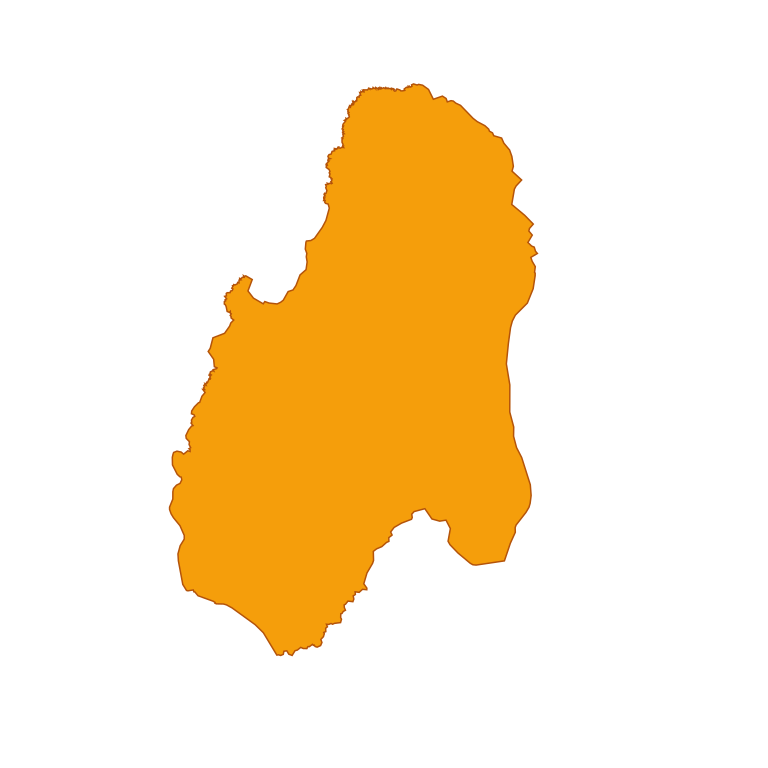 Khlong Khlung, Kamphaeng Phet, Thailand, rotated 112°
{"feature_id": "78962969B33766889028899", "entity_name": "Khlong Khlung", "entity_type": "district", "adm_level": 2, "iso_a3": "THA", "parent_name": "Thailand", "parent_adm1": "Kamphaeng Phet", "projection": "robinson", "projection_center": [99.623, 16.235], "detail": "fine", "context": "isolated", "style": "filled", "palette": "amber", "viewbox_px": 768, "rotation_deg": 112, "n_neighbors": 0, "source": "geoboundaries", "source_scale": "gbopen_adm2", "svg_char_len": 6141}
<svg xmlns="http://www.w3.org/2000/svg" viewBox="0 0 768 768"><g transform="rotate(112 384 384)"><path d="M675.5,381.8L674.6,380.4L674.4,378.1L672.4,376.1L669.3,376.7L667.8,374.2L670.2,371.0L670.1,367.5L664.6,366.6L663.2,364.7L659.4,362.5L659.5,359.8L658.2,356.4L656.0,356.2L655.5,354.8L652.2,352.8L652.8,351.6L652.2,351.1L653.2,349.5L653.0,347.4L650.3,344.8L646.9,344.7L644.5,346.9L641.0,345.5L637.9,345.8L636.9,346.8L635.4,345.2L632.3,346.6L630.3,345.5L628.3,347.4L627.7,345.3L625.9,343.4L626.0,341.7L624.5,340.3L621.5,334.9L618.0,335.3L616.8,336.7L613.2,338.0L612.5,337.0L610.2,336.6L608.2,335.0L606.2,337.0L603.8,338.2L602.6,337.2L598.8,336.1L597.5,331.3L594.7,331.4L592.0,333.2L589.9,331.7L587.5,332.9L586.5,329.0L582.4,327.0L581.2,322.9L579.7,323.4L576.8,327.9L565.6,329.0L554.6,327.4L551.5,327.6L543.2,331.2L539.6,329.1L535.6,325.1L529.9,322.3L528.1,320.5L524.7,322.0L521.0,319.9L518.7,322.4L513.2,320.9L506.4,315.6L499.1,307.8L497.2,307.8L494.3,309.5L491.0,308.3L484.3,299.4L491.2,289.0L490.3,281.0L487.0,275.5L493.2,268.3L505.8,265.7L508.3,262.6L513.0,252.1L517.9,236.9L518.3,233.9L517.4,230.8L502.9,206.1L484.3,207.2L472.3,206.7L468.0,208.6L465.3,208.7L449.9,204.3L444.0,203.4L439.9,203.8L432.3,205.8L422.6,210.6L400.6,228.8L393.3,237.3L383.9,244.3L375.3,247.6L362.9,256.9L337.7,267.0L319.5,278.1L299.7,283.9L284.3,287.8L277.5,288.6L270.9,288.0L255.3,281.4L239.8,281.4L227.1,284.4L224.5,285.4L224.2,286.2L218.5,287.7L214.7,292.6L211.6,295.3L205.5,290.7L204.2,293.2L200.8,296.0L200.8,298.8L198.9,303.6L190.4,302.3L187.9,307.0L185.3,307.4L179.8,305.5L174.9,316.7L169.7,332.8L154.5,336.1L150.9,335.7L143.3,332.8L138.7,345.0L133.7,345.6L125.1,350.7L120.0,355.2L115.8,363.1L111.9,367.1L112.7,375.2L110.5,377.5L110.1,380.9L108.5,382.4L106.7,387.2L105.8,395.8L104.3,401.0L97.0,417.4L96.7,422.7L95.7,425.7L96.2,428.0L98.7,431.0L96.0,433.4L95.2,437.7L101.5,444.9L94.2,453.1L92.5,460.1L93.2,464.1L94.4,465.3L94.7,469.0L96.3,470.5L97.6,469.6L99.0,471.0L98.4,472.1L99.2,472.4L98.9,473.2L100.2,473.0L100.5,474.4L103.0,475.8L104.0,474.7L105.3,476.7L105.9,478.2L105.4,479.3L105.6,482.6L107.9,482.9L108.5,484.1L107.7,485.3L106.9,484.8L106.7,486.5L107.4,487.0L107.1,487.6L108.1,487.6L107.6,488.7L108.6,491.0L108.1,491.3L109.0,492.1L108.4,493.4L109.7,493.6L109.4,495.2L111.4,497.3L110.5,497.6L111.1,498.2L110.7,498.7L111.9,498.6L112.4,499.1L111.9,499.5L112.7,499.7L111.8,500.2L112.5,500.7L112.2,502.7L113.3,502.3L112.8,503.0L113.7,503.9L113.2,505.2L114.1,505.1L115.1,505.9L115.4,508.6L115.8,508.2L115.7,508.9L117.5,509.5L118.9,513.1L119.8,512.5L119.8,513.5L120.7,512.4L120.9,513.6L122.0,514.5L121.6,515.0L122.8,514.9L122.9,515.7L125.0,513.8L125.7,515.0L127.4,514.6L127.5,515.8L128.5,516.5L131.6,515.4L131.8,516.2L132.6,516.0L133.5,517.0L133.3,518.1L134.1,517.5L134.0,518.6L134.8,517.9L135.9,518.5L135.9,517.0L136.5,516.9L137.2,518.6L138.0,518.4L138.3,519.4L139.5,519.0L139.2,519.8L140.0,519.4L139.9,520.2L142.7,520.1L143.2,520.7L144.1,519.5L145.2,519.5L145.4,518.3L146.5,518.8L147.2,517.6L147.9,518.2L147.6,517.4L149.3,516.2L152.1,517.7L151.9,518.8L152.9,518.3L154.4,519.5L154.5,518.1L158.5,519.3L160.4,518.9L160.1,518.2L163.2,518.4L163.2,517.1L164.9,517.1L165.2,515.9L166.3,516.5L166.9,514.7L167.7,515.8L169.8,514.3L171.7,515.3L172.0,514.1L173.1,514.5L175.7,513.4L177.2,511.7L178.6,511.5L178.6,510.8L179.3,511.2L179.9,510.1L180.4,511.8L181.7,512.8L182.1,514.4L181.2,514.5L181.4,515.3L183.7,515.7L184.1,517.7L184.6,517.0L185.1,518.1L186.2,517.2L187.8,519.3L190.6,519.1L191.9,520.9L193.9,521.3L195.3,520.0L195.3,518.4L196.5,520.0L197.9,519.7L197.8,518.5L201.7,520.0L202.2,519.9L201.7,519.1L202.4,518.4L203.5,519.1L204.9,518.7L205.7,515.3L207.1,513.8L208.8,513.9L209.4,512.8L212.4,512.4L212.5,510.5L213.6,510.0L213.3,509.1L215.2,508.6L216.2,509.1L217.3,507.3L218.0,507.9L217.3,508.5L218.9,510.1L219.1,511.8L220.0,511.0L221.0,512.8L222.5,511.5L223.8,511.6L226.0,509.4L229.1,509.2L229.7,509.8L229.4,510.4L230.5,510.7L231.6,509.1L232.0,509.7L233.6,509.8L234.4,509.4L233.9,508.7L236.5,508.7L235.9,507.3L237.6,507.1L238.4,505.9L238.1,503.2L241.4,500.6L254.1,499.1L261.9,499.9L275.0,503.0L278.4,505.6L280.5,509.5L281.8,509.5L288.4,507.5L291.8,504.5L295.2,503.7L299.6,501.0L307.2,499.1L314.3,502.7L325.7,502.5L330.9,503.6L334.2,507.5L344.1,508.8L347.0,510.5L349.8,513.1L352.0,520.9L352.2,525.4L354.9,526.0L353.3,537.2L348.7,545.0L336.5,545.3L335.5,552.7L336.4,553.6L336.2,554.7L337.5,553.6L338.1,555.3L340.1,556.0L340.1,557.4L341.0,557.0L341.2,556.0L342.0,557.3L344.6,556.4L344.6,557.7L346.3,557.7L348.0,559.3L348.1,560.6L349.2,560.5L349.6,561.2L350.1,560.7L352.2,561.0L352.4,559.7L354.2,559.7L355.3,561.1L356.9,560.9L358.1,563.6L359.1,564.2L361.3,563.1L362.4,564.6L364.0,561.8L365.6,562.9L366.2,562.0L367.4,562.9L369.7,562.0L369.9,560.9L371.3,559.4L375.5,556.6L375.5,554.2L374.3,553.7L375.9,553.0L376.2,551.9L378.0,552.3L378.8,550.9L380.0,550.6L381.0,547.3L384.8,548.9L388.1,548.8L396.7,550.8L405.2,559.9L416.0,558.5L419.7,559.2L424.9,551.2L431.5,547.8L431.6,544.8L432.5,545.0L434.7,547.8L435.7,546.8L435.6,547.6L437.8,549.5L439.9,549.2L440.1,548.4L440.6,549.6L441.5,549.4L441.2,547.8L442.8,548.1L443.7,547.1L444.4,548.0L444.9,547.3L445.3,548.1L448.9,548.2L448.7,548.9L450.5,549.0L450.6,550.1L451.8,548.7L451.8,550.1L452.9,550.5L453.9,549.4L455.3,549.9L456.3,548.3L456.9,550.0L458.9,546.7L463.5,548.2L470.1,548.0L470.9,549.0L476.1,551.2L481.0,552.2L483.7,551.4L483.7,548.6L484.9,547.3L486.6,548.6L489.6,549.0L491.7,547.9L492.5,548.3L494.1,545.5L495.0,546.6L499.4,548.0L506.0,548.4L508.5,547.0L510.4,542.8L513.2,542.0L515.5,539.4L517.1,540.6L517.5,539.2L519.2,538.5L519.4,540.9L524.1,543.5L523.1,546.6L523.8,550.8L526.3,553.4L528.2,553.3L531.3,552.8L538.3,549.8L545.2,541.9L546.5,538.5L546.3,537.1L548.7,535.6L552.6,535.9L555.5,538.5L559.8,540.0L563.0,539.4L569.8,536.7L578.5,536.7L580.7,535.8L584.1,532.8L586.8,529.2L591.8,520.1L599.2,512.5L602.7,511.1L610.3,512.4L618.7,511.4L625.0,508.4L645.2,495.5L649.4,489.8L649.2,488.3L646.4,483.7L647.9,482.4L647.6,481.6L650.0,477.1L649.4,461.1L649.8,458.8L650.6,458.6L650.6,457.0L648.1,450.3L647.8,447.3L648.5,441.1L655.4,413.3L659.8,402.7L675.5,381.8Z" fill="#f59e0b" stroke="#b45309" stroke-width="1.5"/></g></svg>